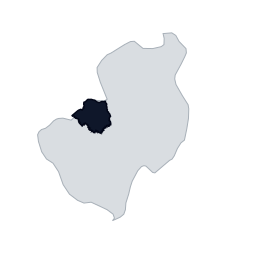 location of Bugesera, Eastern, Rwanda, rotated 153°
{"feature_id": "39286606B3134655885223", "entity_name": "Bugesera", "entity_type": "district", "adm_level": 2, "iso_a3": "RWA", "parent_name": "Rwanda", "parent_adm1": "Eastern", "projection": "mercator", "projection_center": [30.152, -2.233], "detail": "fine", "context": "in_parent", "style": "filled", "palette": "ink", "viewbox_px": 256, "rotation_deg": 153, "n_neighbors": 0, "source": "geoboundaries", "source_scale": "gbopen_adm2", "svg_char_len": 6092}
<svg xmlns="http://www.w3.org/2000/svg" viewBox="0 0 256 256"><g transform="rotate(153 128 128)"><path d="M102.8,80.3L105.6,80.3L124.4,75.8L126.2,77.2L129.3,85.9L130.9,87.2L133.5,87.5L138.7,85.5L148.4,78.7L152.6,74.5L157.5,68.7L163.9,62.2L167.4,56.4L170.9,53.1L175.4,52.1L180.4,52.3L183.9,52.5L181.0,53.8L180.4,58.0L183.7,64.7L194.5,78.6L201.3,81.1L205.8,86.5L210.2,95.6L211.5,106.9L209.7,120.6L210.8,130.7L214.7,137.4L215.7,146.0L213.9,156.6L211.6,163.0L208.9,165.1L205.8,165.9L201.7,165.2L196.6,166.1L191.1,168.1L187.7,168.4L185.5,168.0L181.5,166.3L175.1,160.8L163.1,163.8L159.9,163.7L155.5,166.4L151.9,169.6L149.7,169.8L147.5,169.4L137.2,162.9L133.5,163.1L131.9,181.3L130.2,191.4L128.1,195.9L120.7,200.2L113.3,202.7L109.2,202.5L92.9,203.9L86.6,203.9L83.0,202.4L78.5,192.1L69.8,187.5L61.5,185.4L58.1,186.0L55.1,191.4L53.9,196.2L45.8,192.9L43.4,188.8L43.2,181.9L40.3,172.4L41.9,168.4L45.0,165.8L51.7,160.8L61.9,153.8L64.1,150.5L65.5,145.0L64.9,132.2L63.9,121.4L65.1,117.6L69.7,109.2L75.9,100.7L83.2,91.6L87.6,90.7L93.3,87.3L99.4,82.2L102.8,80.3Z" fill="#d9dde1" stroke="#a8b0b8" stroke-width="1"/><path d="M141.2,140.0L141.1,140.3L141.2,140.5L141.1,140.8L141.1,141.2L140.9,141.4L140.8,141.7L140.9,141.8L141.0,142.0L140.9,142.3L140.9,142.6L141.0,142.9L141.3,143.0L141.4,143.3L141.2,143.5L141.1,143.8L140.8,143.9L140.5,144.2L140.4,144.6L140.4,145.0L139.8,145.7L139.7,145.7L139.6,145.8L139.0,146.2L138.9,146.1L138.6,146.1L138.3,146.3L138.3,146.9L138.1,147.1L138.1,148.0L138.0,148.5L138.1,148.8L138.0,149.0L138.2,149.4L138.3,149.5L138.3,149.8L138.4,150.1L138.3,150.4L138.3,150.5L138.2,150.8L138.2,151.0L138.5,151.1L138.5,151.7L138.7,151.9L138.7,152.1L138.7,152.3L138.7,152.6L138.7,152.8L138.4,153.3L138.1,153.6L138.1,153.9L138.2,154.0L138.2,154.7L138.0,154.9L137.9,155.0L137.6,155.5L137.7,155.8L137.5,156.0L137.2,156.5L137.3,156.7L137.3,156.9L137.3,157.0L137.2,157.3L137.0,157.6L137.0,158.0L136.7,158.4L136.7,158.5L136.4,158.7L136.2,158.8L136.1,159.6L136.2,160.0L136.4,160.4L136.4,160.6L136.5,160.8L136.5,161.0L136.6,161.4L136.4,161.4L136.3,161.6L136.0,162.0L137.2,162.5L138.1,162.8L138.8,163.3L139.3,163.5L139.8,163.6L141.2,163.5L141.6,163.6L142.4,164.0L143.2,164.6L143.7,165.2L144.5,166.6L144.9,167.6L145.0,167.8L146.1,168.6L147.3,169.8L148.0,170.4L148.6,170.5L149.1,170.8L150.3,171.5L151.0,171.7L151.6,171.6L152.4,171.2L153.1,171.1L153.3,171.0L153.8,170.7L154.4,170.7L155.2,171.0L155.6,170.9L156.3,169.9L156.7,169.2L156.9,168.2L156.8,167.8L156.9,167.4L157.4,167.2L158.2,166.8L158.1,166.7L158.3,166.1L158.3,165.9L159.2,165.7L159.6,165.5L160.1,165.1L160.6,164.9L161.1,165.3L161.1,165.5L161.3,165.8L161.7,166.1L163.9,166.3L165.3,166.1L171.2,164.7L172.1,164.5L172.1,163.8L171.9,163.8L171.7,163.9L171.5,164.0L171.4,164.0L171.3,163.9L171.2,163.9L171.2,163.6L171.1,163.4L170.9,163.4L170.7,163.1L170.8,162.9L170.7,162.9L170.6,162.7L170.8,162.7L170.6,162.1L170.8,162.0L170.8,161.8L170.6,161.6L170.4,161.0L170.3,160.8L170.3,160.6L169.9,160.4L169.6,160.4L169.4,159.7L168.9,159.4L168.8,159.1L168.5,159.0L168.4,158.8L168.1,158.6L168.2,158.4L168.1,158.2L168.2,157.8L168.3,157.7L168.1,157.5L168.2,157.4L168.3,157.4L168.5,157.2L168.5,156.9L168.7,157.0L168.9,156.8L168.9,156.1L168.7,155.8L168.6,155.5L168.6,155.2L168.9,155.0L169.1,155.0L169.0,154.3L168.7,154.3L168.8,154.2L168.7,154.1L168.6,153.8L168.5,153.7L168.7,153.2L168.6,152.5L168.2,152.1L167.9,152.1L167.8,151.9L167.6,151.8L167.5,151.7L168.0,151.2L167.9,151.0L167.9,150.9L167.7,151.0L167.6,150.8L167.3,151.1L167.2,151.4L166.9,151.4L166.8,151.2L166.7,151.2L166.5,151.3L166.5,151.5L166.3,151.5L166.4,151.3L166.0,151.6L165.8,151.5L165.7,151.3L165.4,151.6L165.3,151.3L165.2,151.5L165.0,151.4L165.1,151.2L164.5,151.4L164.5,151.6L164.4,151.7L164.2,151.7L164.2,151.8L163.8,151.8L163.7,151.5L163.7,151.0L163.7,150.9L163.4,150.8L163.5,150.8L163.5,150.6L163.4,150.6L163.2,150.5L163.4,150.5L163.4,150.4L163.0,150.3L162.8,150.1L162.7,150.0L162.7,149.9L162.9,149.8L162.9,149.5L162.9,149.4L163.0,149.1L162.8,149.0L162.4,148.8L162.2,148.6L162.4,148.0L162.8,147.9L163.0,147.0L163.3,146.8L163.4,146.6L163.1,146.2L162.7,146.2L163.0,145.5L162.7,145.6L163.0,145.3L163.1,145.1L162.7,145.2L162.8,145.0L162.8,144.7L162.6,144.7L163.0,144.4L162.8,144.2L163.1,144.3L163.1,143.9L162.9,143.3L162.4,143.1L162.2,142.8L161.7,142.8L161.5,143.0L161.6,142.8L161.4,142.7L161.3,142.4L161.5,142.5L161.6,142.3L161.1,142.1L161.0,141.9L161.0,141.7L161.3,141.5L160.9,141.5L160.8,141.4L161.0,141.1L160.8,141.0L160.9,140.8L160.6,140.3L160.7,140.2L160.8,140.1L160.7,139.9L160.6,140.1L160.3,139.6L160.2,139.5L160.2,139.8L159.8,139.5L159.7,139.6L159.4,139.5L158.9,139.3L158.9,139.8L158.7,139.9L158.3,140.0L158.1,140.0L157.9,140.1L157.8,140.4L157.6,140.5L157.5,140.1L157.4,140.0L157.5,139.5L157.3,139.5L157.4,139.2L157.0,139.3L157.0,139.2L156.8,139.0L156.9,138.6L156.5,138.9L156.3,138.8L156.3,138.7L156.1,138.4L156.4,138.2L156.2,138.0L156.1,137.6L156.1,137.4L155.9,137.2L155.7,136.9L155.5,136.7L155.3,136.7L155.1,136.4L155.1,136.6L154.8,136.6L154.7,136.2L154.5,136.3L154.0,136.2L154.0,136.5L153.9,136.5L153.8,136.4L153.7,136.1L153.6,136.3L153.3,136.2L153.2,136.7L152.8,136.5L152.7,136.8L152.3,137.1L152.0,137.1L151.9,136.9L151.7,137.1L151.4,137.1L151.6,137.3L151.3,137.3L151.5,137.5L151.3,137.7L151.2,137.4L150.9,137.7L150.9,137.9L150.7,138.2L150.5,137.9L150.3,137.9L150.2,138.2L150.5,138.4L150.0,138.5L149.9,138.5L150.0,138.7L149.9,138.8L149.8,138.7L149.9,138.4L149.7,138.6L149.4,138.8L149.4,138.6L149.2,138.7L148.7,138.6L148.6,138.8L148.5,138.7L148.4,138.4L148.4,138.6L148.2,138.6L148.1,138.9L147.9,139.2L147.8,138.9L147.7,139.1L147.6,138.8L147.4,138.7L147.1,139.0L146.8,139.1L146.6,139.2L146.4,139.0L146.4,139.4L146.2,139.6L146.1,139.4L146.1,139.2L145.8,139.2L145.9,139.4L145.8,139.5L145.7,139.5L145.4,139.7L145.3,139.8L145.1,139.7L145.0,139.4L144.4,139.3L144.3,139.2L144.6,138.8L144.6,138.4L144.3,138.3L144.1,138.4L143.6,138.3L143.4,138.5L143.5,138.7L143.2,138.6L142.9,138.7L143.0,138.9L142.7,139.3L142.8,139.3L143.1,139.3L143.0,139.5L142.7,139.4L142.4,139.4L141.9,139.1L141.9,139.3L142.0,139.6L141.9,139.6L141.7,139.5L141.2,140.0Z" fill="#0f172a" stroke="#020617" stroke-width="1.5"/></g></svg>